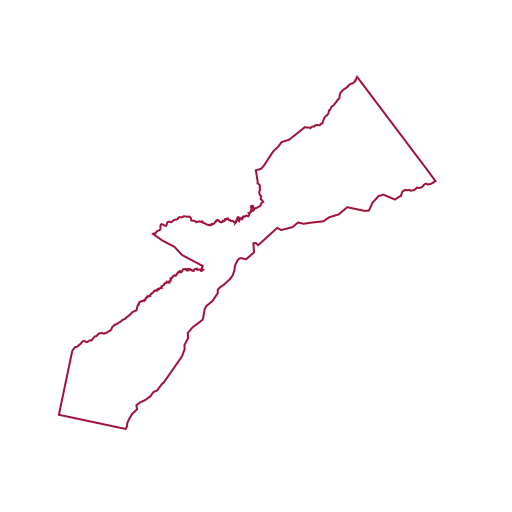 outline of Manoel Urbano, Acre, Brazil, rotated 12°
{"feature_id": "56859067B24533287655933", "entity_name": "Manoel Urbano", "entity_type": "district", "adm_level": 2, "iso_a3": "BRA", "parent_name": "Brazil", "parent_adm1": "Acre", "projection": "albers", "projection_center": [-69.938, -9.396], "detail": "fine", "context": "isolated", "style": "outline", "palette": "rose", "viewbox_px": 512, "rotation_deg": 12, "n_neighbors": 0, "source": "geoboundaries", "source_scale": "gbopen_adm2", "svg_char_len": 6126}
<svg xmlns="http://www.w3.org/2000/svg" viewBox="0 0 512 512"><g transform="rotate(12 256 256)"><path d="M238.0,172.2L242.3,183.2L242.4,184.6L243.7,185.1L244.8,185.9L245.5,187.1L245.2,188.1L245.5,188.8L246.1,189.4L246.3,190.2L245.8,192.0L245.8,192.8L246.5,194.3L246.7,195.1L248.6,196.4L248.5,197.7L248.9,199.6L250.7,200.4L251.8,201.5L250.8,202.4L250.2,203.4L250.1,205.0L249.4,206.3L246.6,208.8L244.3,210.0L244.6,210.7L244.2,211.9L243.7,212.4L241.6,212.1L241.5,212.7L242.0,213.7L241.5,214.4L239.9,215.3L240.6,215.9L240.9,216.3L240.7,217.8L240.1,218.9L238.6,218.4L238.0,218.5L236.9,219.9L236.3,220.1L235.6,219.7L235.1,220.2L235.0,222.5L234.7,223.1L233.9,222.9L233.5,222.1L232.2,223.2L231.6,222.6L231.2,221.9L230.4,221.6L230.0,221.9L229.8,223.2L230.1,223.9L231.6,224.2L232.4,224.7L232.3,225.5L229.7,224.6L229.3,225.3L229.2,226.2L229.5,227.2L229.0,228.0L229.0,227.4L228.1,227.2L227.3,227.5L227.1,227.0L225.8,226.5L224.2,227.0L222.8,226.3L222.2,226.5L221.0,225.9L220.8,225.2L218.5,226.1L219.1,226.5L218.5,226.8L218.2,227.7L217.6,227.9L217.5,228.5L217.0,228.6L216.4,228.5L216.6,229.1L215.9,229.5L215.3,230.3L213.6,230.1L212.9,229.8L212.5,229.3L212.0,228.9L211.1,228.8L210.4,229.0L210.4,229.7L209.6,230.0L209.6,230.8L209.0,231.2L208.5,232.8L207.3,233.6L206.6,233.5L206.1,233.8L206.3,234.4L206.0,234.8L205.5,234.8L205.1,235.4L204.6,235.1L203.8,235.2L203.4,235.7L202.6,235.5L201.0,235.4L198.8,234.6L197.2,234.5L196.9,233.9L196.4,234.1L196.0,233.5L195.7,234.1L194.9,233.9L194.0,234.1L193.2,233.9L190.5,235.4L188.6,234.4L185.3,234.7L184.2,232.2L183.3,231.6L182.3,231.2L181.6,231.8L177.1,232.1L176.1,233.2L174.9,233.7L173.0,233.9L172.0,235.1L171.7,236.0L170.3,237.1L169.5,237.2L168.3,237.8L166.4,240.2L165.9,240.6L165.0,240.7L163.9,240.4L162.3,241.4L162.1,244.5L161.7,245.2L160.9,245.4L158.4,244.6L156.8,244.6L156.4,245.0L156.3,247.1L157.0,249.2L156.9,249.8L156.2,250.8L153.9,252.4L153.2,254.3L152.6,254.8L151.1,255.3L150.6,255.8L161.6,260.5L174.2,263.9L183.4,270.4L206.0,276.9L205.7,277.9L205.9,278.7L205.4,279.2L205.3,279.8L205.6,280.3L206.3,280.7L207.0,280.7L206.1,281.8L205.6,282.0L205.2,281.2L204.7,281.5L204.4,281.0L203.6,280.9L202.5,281.2L202.1,281.7L201.3,281.7L200.8,280.7L200.1,280.9L199.3,281.2L198.3,282.3L198.2,283.5L196.8,283.7L195.9,282.9L195.3,283.3L194.3,282.6L193.6,282.6L193.2,283.7L192.1,282.7L191.4,283.2L191.9,283.7L191.6,284.5L190.1,283.9L189.5,283.3L189.0,283.7L187.4,284.1L187.0,285.2L187.1,286.0L186.1,287.5L185.5,287.6L185.7,287.1L185.2,286.6L184.4,286.7L183.3,288.0L182.7,289.0L182.8,289.8L182.2,290.2L181.9,290.7L181.9,291.6L181.6,292.1L180.1,291.9L179.5,292.5L179.3,293.3L178.7,293.6L178.5,294.5L178.1,295.2L177.0,295.6L177.0,296.3L177.7,296.9L177.7,297.5L177.6,298.2L176.5,298.7L176.6,299.4L176.9,300.0L176.3,300.2L175.8,299.8L175.2,299.9L174.0,300.8L173.8,300.2L173.4,300.9L172.2,301.9L172.0,303.4L171.2,304.1L170.6,304.9L169.8,305.4L170.4,306.7L169.7,306.7L169.1,307.4L168.3,307.7L168.2,308.4L167.5,308.3L166.9,308.7L167.0,309.6L166.7,310.2L166.1,309.9L165.9,310.6L164.9,310.6L164.4,311.1L163.9,311.0L162.7,313.3L162.0,313.9L161.9,314.4L161.5,314.7L160.6,316.3L160.8,317.1L160.2,317.1L159.2,317.9L158.4,317.7L157.9,318.4L158.3,318.9L157.5,319.9L156.9,320.0L157.0,321.8L156.0,323.1L155.6,322.6L154.3,323.6L153.3,324.0L153.1,324.5L152.0,324.9L151.5,325.5L151.5,326.7L151.1,327.2L151.4,327.8L150.9,328.1L150.8,328.9L150.4,329.4L150.6,330.1L150.4,331.7L150.5,333.5L150.2,334.1L149.6,334.6L148.8,334.9L146.2,337.3L146.0,338.1L145.1,339.1L144.8,340.1L143.6,341.1L143.3,341.8L142.0,342.8L141.8,343.6L140.9,344.4L140.8,344.9L139.3,345.9L137.9,347.2L137.7,347.8L137.2,348.5L135.9,349.4L135.3,350.0L134.9,350.8L134.2,351.1L133.5,351.8L132.3,352.3L132.1,353.1L131.4,353.5L130.1,355.6L129.8,357.5L129.0,359.2L127.9,360.3L127.2,360.6L126.1,362.0L124.1,363.0L123.6,363.5L122.8,363.6L121.5,363.2L118.4,364.5L116.6,367.4L116.1,367.9L115.4,368.0L114.9,368.5L113.3,371.4L112.9,372.7L111.3,372.9L108.4,375.5L106.9,375.3L106.1,374.8L105.4,374.9L104.8,375.1L103.7,376.3L102.6,378.5L101.6,379.5L100.8,380.9L99.6,382.1L99.0,382.2L98.4,382.5L97.5,383.6L96.2,386.2L96.0,389.4L96.2,452.3L164.5,452.3L165.3,449.3L164.8,446.4L165.7,442.3L167.6,436.4L171.6,430.6L170.0,426.9L172.9,423.4L177.5,420.0L182.2,414.8L183.2,412.0L184.1,410.3L187.1,408.2L191.0,400.0L191.7,399.8L204.6,369.2L204.8,367.0L205.6,362.0L204.5,358.0L206.6,350.6L205.3,345.5L208.7,339.1L216.9,329.6L217.2,328.2L216.8,318.7L217.8,315.2L222.8,309.1L226.3,300.3L225.6,297.0L225.9,296.4L227.2,294.2L230.4,290.9L235.5,283.8L237.2,279.8L237.8,275.3L237.5,269.4L238.8,264.2L240.0,262.2L241.3,261.3L243.2,261.2L246.9,261.3L253.3,252.9L250.8,244.1L253.1,243.3L255.9,245.0L270.9,224.1L275.2,225.4L285.6,220.2L290.2,214.5L295.9,214.6L302.4,212.1L314.6,208.1L319.6,202.9L328.1,198.2L335.1,189.3L352.7,189.3L357.0,188.1L358.9,179.6L363.4,171.9L367.7,169.5L380.2,171.9L383.9,168.0L384.4,167.8L385.2,167.2L385.4,165.1L385.6,164.6L385.6,163.2L386.0,162.3L388.1,160.4L389.6,160.4L392.4,159.5L393.8,160.0L395.0,159.4L397.0,158.8L397.5,157.8L398.2,157.4L398.9,156.0L399.4,155.6L400.0,155.5L400.8,155.7L402.6,155.1L404.0,154.0L404.7,153.1L405.4,151.5L406.4,150.5L407.7,149.8L409.2,150.5L409.8,150.0L411.3,149.6L412.1,149.1L412.6,148.5L413.6,148.0L413.9,147.3L414.5,147.1L414.8,146.4L416.0,145.5L407.9,138.2L317.6,59.7L317.4,60.2L317.7,60.8L317.3,61.6L316.9,63.5L316.3,63.7L316.6,64.5L316.2,65.3L314.5,67.2L313.4,67.5L311.2,69.7L310.8,70.2L310.9,70.9L309.5,72.4L309.1,73.1L307.2,74.7L305.4,77.5L304.7,79.0L304.4,80.6L304.7,83.8L304.5,85.0L304.2,85.6L303.4,86.0L303.0,87.3L302.6,87.9L302.6,88.8L301.7,89.7L301.3,91.0L300.6,92.4L298.9,94.2L297.9,97.8L297.0,98.5L297.3,99.9L297.1,101.8L296.0,103.9L295.5,104.2L294.2,106.5L293.7,108.7L293.4,112.3L293.0,112.8L291.9,113.2L291.5,114.4L290.9,114.9L289.5,115.2L288.7,115.1L286.8,115.8L286.3,117.1L284.1,117.6L282.7,119.6L281.2,119.4L279.7,119.5L278.4,119.9L277.0,119.8L264.3,135.3L257.3,139.3L255.2,144.0L251.2,149.9L249.7,153.5L245.3,165.2L242.8,169.7L238.0,172.2ZM243.5,209.7L243.0,208.7L242.9,208.0L242.4,207.6L241.2,207.9L240.8,208.5L241.0,209.4L241.4,210.0L242.8,210.0L243.5,209.7Z" fill="none" stroke="#9f1239" stroke-width="2"/></g></svg>